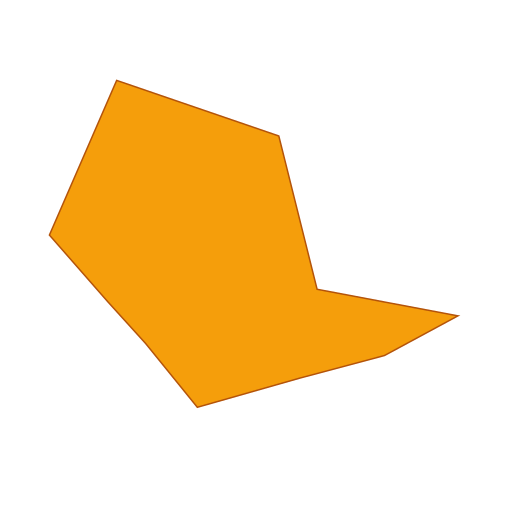 Bulgan, Bulgan, Mongolia (orthographic projection), rotated 187°
{"feature_id": "93677404B52410770806763", "entity_name": "Bulgan", "entity_type": "district", "adm_level": 2, "iso_a3": "MNG", "parent_name": "Mongolia", "parent_adm1": "Bulgan", "projection": "orthographic", "projection_center": [103.463, 48.822], "detail": "fine", "context": "isolated", "style": "filled", "palette": "amber", "viewbox_px": 512, "rotation_deg": 187, "n_neighbors": 0, "source": "geoboundaries", "source_scale": "gbopen_adm2", "svg_char_len": 323}
<svg xmlns="http://www.w3.org/2000/svg" viewBox="0 0 512 512"><g transform="rotate(187 256 256)"><path d="M48.3,221.2L48.6,221.2L191.3,230.4L248.0,377.9L415.7,413.3L463.6,251.6L397.5,192.5L355.0,155.8L295.8,98.7L197.5,140.2L116.3,172.9L115.9,173.2L48.3,221.2Z" fill="#f59e0b" stroke="#b45309" stroke-width="1.5"/></g></svg>